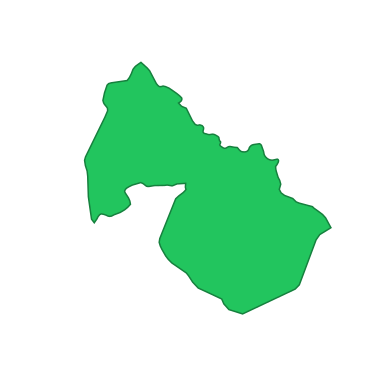 outline of Marahoué, rotated 328°
{"feature_id": "CIV-3444", "entity_name": "Marahoué", "entity_type": "Department", "adm_level": 1, "iso_a3": "CIV", "parent_name": "Ivory Coast", "parent_adm1": "", "projection": "robinson", "projection_center": [-5.831, 7.116], "detail": "fine", "context": "isolated", "style": "filled", "palette": "green", "viewbox_px": 384, "rotation_deg": 328, "n_neighbors": 0, "source": "natural_earth", "source_scale": "10m", "svg_char_len": 2621}
<svg xmlns="http://www.w3.org/2000/svg" viewBox="0 0 384 384"><g transform="rotate(328 192 192)"><path d="M290.9,295.9L290.6,295.9L277.8,295.8L271.9,298.3L233.8,327.6L228.1,329.0L170.3,322.2L161.0,311.3L159.7,303.8L160.5,298.5L153.8,288.1L146.4,276.8L144.8,268.8L144.7,261.4L144.3,257.7L137.3,241.5L136.2,236.6L135.8,232.3L136.1,224.7L136.5,221.0L137.5,217.3L140.0,214.4L174.6,189.1L178.8,188.3L184.3,187.8L186.8,187.2L188.3,186.6L188.7,184.9L189.2,184.0L191.2,181.3L183.6,177.2L178.8,176.4L178.2,176.1L174.6,172.9L172.3,171.9L163.5,166.6L158.4,164.5L157.2,163.7L156.5,163.0L156.1,162.1L155.1,159.2L153.6,156.9L145.1,154.5L141.3,154.1L138.7,154.1L137.5,154.3L135.7,155.2L135.1,156.0L134.9,157.2L135.0,163.4L134.5,166.7L133.3,169.8L129.4,170.9L125.5,171.4L120.3,171.3L113.8,170.0L111.0,169.8L109.2,169.0L108.0,167.9L106.8,166.0L105.4,164.3L103.5,162.5L101.7,162.3L99.3,163.1L97.2,164.4L92.8,166.3L92.4,161.8L101.6,141.1L111.8,123.6L114.2,118.6L115.6,113.1L117.7,108.2L120.3,105.8L157.8,82.4L163.4,78.5L164.0,77.5L164.7,76.1L164.7,75.1L164.2,71.2L164.3,69.5L165.0,67.1L170.4,61.5L176.6,56.4L178.7,55.9L181.3,56.6L196.1,63.1L199.7,61.7L203.3,59.5L207.0,56.7L209.7,55.7L211.7,55.3L217.4,55.0L219.7,63.0L220.3,66.7L219.2,81.2L219.5,83.4L219.9,84.8L220.5,85.6L221.4,86.1L222.4,86.5L223.6,86.8L225.4,88.6L227.6,91.8L231.2,100.2L232.5,104.0L233.1,106.7L232.7,107.8L232.1,108.4L231.3,109.0L229.4,109.4L227.7,109.4L228.5,113.5L228.9,114.3L231.5,117.9L230.1,131.9L230.5,136.3L231.6,138.0L232.3,138.5L234.2,139.2L235.7,141.0L236.0,142.4L235.9,143.6L235.3,144.6L233.7,146.1L233.1,147.2L233.2,148.2L233.7,149.1L235.1,150.5L235.7,151.3L236.4,152.0L237.2,152.6L240.0,153.8L241.1,154.7L242.1,156.1L243.4,158.6L243.7,159.9L243.1,161.3L242.5,163.2L242.9,164.3L242.4,165.3L241.7,165.9L240.6,166.6L240.4,167.5L240.7,168.6L241.9,171.2L242.6,172.1L243.5,172.6L244.5,172.8L245.6,172.8L246.9,172.9L248.3,173.5L251.6,176.5L253.9,178.2L254.2,179.5L254.3,180.9L254.9,183.2L255.8,184.4L257.5,185.7L258.7,186.3L259.9,186.6L260.9,186.6L261.9,186.3L262.8,185.8L263.6,185.3L264.2,184.7L265.2,184.3L267.0,183.9L268.3,184.1L269.6,184.5L274.8,186.8L275.4,187.8L275.6,189.1L274.2,195.4L273.1,198.3L272.9,199.6L273.0,201.3L273.6,203.6L274.5,205.2L275.4,206.3L276.2,207.0L277.0,207.6L278.0,208.0L281.7,209.3L282.2,210.1L282.1,211.1L281.5,211.9L280.7,212.6L278.4,213.9L276.4,214.7L275.1,217.2L274.5,218.9L272.8,225.1L272.5,228.7L271.4,232.4L267.4,236.0L267.1,240.0L268.7,244.0L274.0,250.9L275.1,255.6L277.0,258.2L286.4,268.3L286.8,270.2L288.9,275.3L290.8,280.2L291.6,284.7L290.9,295.7L290.9,295.9Z" fill="#22c55e" stroke="#15803d" stroke-width="1.5"/></g></svg>